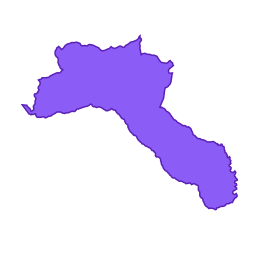 Divinópolis do Tocantins, Tocantins, Brazil (Robinson projection), rotated 173°
{"feature_id": "56859067B58082992267774", "entity_name": "Divinópolis do Tocantins", "entity_type": "district", "adm_level": 2, "iso_a3": "BRA", "parent_name": "Brazil", "parent_adm1": "Tocantins", "projection": "robinson", "projection_center": [-49.348, -9.64], "detail": "fine", "context": "isolated", "style": "filled", "palette": "violet", "viewbox_px": 256, "rotation_deg": 173, "n_neighbors": 0, "source": "geoboundaries", "source_scale": "gbopen_adm2", "svg_char_len": 5779}
<svg xmlns="http://www.w3.org/2000/svg" viewBox="0 0 256 256"><g transform="rotate(173 128 128)"><path d="M28.0,47.0L28.0,48.1L28.6,49.8L29.8,49.1L30.5,49.0L31.7,50.1L31.9,51.3L31.4,52.6L29.4,53.2L28.6,53.8L27.5,54.3L27.5,55.2L29.1,57.0L27.1,58.0L27.2,59.4L28.8,60.4L28.6,62.0L25.8,62.9L25.9,63.7L26.3,64.4L27.2,65.2L27.3,66.3L28.1,67.0L28.1,67.9L26.5,70.5L26.7,71.6L27.2,72.3L29.1,70.9L30.9,71.8L31.6,72.5L31.8,73.9L30.9,74.4L30.5,76.0L31.0,76.9L31.9,77.5L32.2,78.9L31.6,79.6L30.8,79.6L30.2,80.2L30.6,82.0L29.9,82.8L30.2,83.6L30.8,84.3L30.3,86.2L30.9,87.2L32.3,86.2L32.9,86.9L33.1,87.7L32.7,88.7L33.9,91.5L34.6,91.8L34.8,92.6L34.5,93.4L35.1,94.8L34.9,97.1L35.3,98.1L36.4,98.4L36.7,100.4L37.7,100.6L38.3,99.6L39.0,99.5L40.0,100.3L41.0,100.3L40.9,101.3L41.7,101.5L42.4,102.0L44.7,104.1L46.9,104.2L48.7,104.1L49.5,104.4L50.7,104.3L53.6,106.6L56.9,107.7L57.6,108.5L58.7,108.9L59.6,108.8L60.5,109.3L60.8,110.1L61.4,110.6L62.3,112.0L63.7,113.1L64.4,113.9L64.4,115.3L65.3,118.0L65.5,119.2L66.5,120.6L67.8,121.9L68.7,121.6L69.8,122.0L70.4,123.0L71.5,123.5L73.1,123.5L73.7,124.3L74.4,124.5L75.1,125.4L78.5,127.9L79.4,129.4L80.1,130.1L81.1,130.4L81.7,131.2L83.5,134.6L83.9,135.2L84.7,137.1L85.6,138.3L86.5,139.1L87.9,140.0L88.6,141.5L89.3,142.5L92.2,144.6L93.1,144.3L93.9,144.8L89.1,153.1L87.0,161.2L86.1,163.5L85.2,163.5L84.0,163.9L82.9,164.6L82.2,165.4L80.7,166.7L79.4,169.3L79.4,170.3L79.0,171.1L77.9,175.4L77.2,177.2L79.8,177.3L80.5,177.6L81.0,178.3L80.9,179.4L80.2,181.4L75.3,184.5L75.7,185.5L75.9,187.3L77.3,188.6L77.9,189.8L78.9,189.5L80.2,188.3L81.3,187.6L84.6,188.2L85.7,188.7L86.8,189.0L87.6,189.8L89.5,193.1L90.4,195.5L92.3,196.6L93.9,197.3L95.2,197.1L97.2,198.4L98.5,198.5L100.9,199.3L101.7,199.9L102.6,200.1L105.5,199.8L106.0,199.2L106.5,206.1L106.1,207.2L105.9,208.3L106.3,209.7L106.0,211.0L105.6,211.8L104.4,212.9L104.0,213.6L104.0,214.8L105.1,216.5L104.9,218.0L105.8,217.3L106.3,216.5L106.3,215.6L107.4,215.1L108.3,214.4L110.6,213.5L111.4,213.5L112.2,213.1L115.0,212.9L117.4,211.3L118.8,210.8L120.4,210.1L121.8,208.5L122.7,208.6L125.7,210.3L126.5,210.3L129.1,209.2L131.4,208.7L132.2,208.8L133.6,209.6L134.9,210.8L137.1,209.0L139.0,208.8L139.7,208.4L141.6,207.9L143.9,207.6L144.6,207.9L145.2,208.4L145.8,209.1L146.6,209.8L147.0,210.7L147.6,211.4L149.7,212.5L152.1,214.2L152.8,214.4L153.4,214.8L156.1,215.6L157.2,215.3L158.8,214.4L161.0,215.2L162.0,215.1L164.2,215.3L165.5,218.0L167.4,218.8L168.0,219.3L169.8,219.5L170.6,219.2L173.5,219.7L175.7,219.0L177.8,218.8L180.2,217.6L181.9,215.7L182.6,215.0L184.3,214.0L186.8,217.4L187.6,216.8L188.7,216.4L189.2,215.5L189.5,214.8L190.9,213.2L191.3,211.1L191.3,209.9L191.2,209.1L190.3,207.3L189.5,206.7L189.0,205.8L188.9,204.0L189.5,201.6L188.9,198.7L188.2,197.8L188.0,196.1L187.6,195.2L186.9,194.6L186.1,194.4L185.6,193.7L187.2,192.6L188.4,191.3L189.4,190.9L191.1,191.5L192.7,191.2L196.2,190.1L197.0,189.5L197.8,189.7L199.4,188.8L199.9,188.2L200.7,188.0L202.4,187.9L203.5,188.0L204.5,187.9L206.7,188.3L207.4,188.2L208.5,186.8L210.2,186.9L211.1,186.6L210.0,184.8L209.6,183.6L209.9,182.5L210.4,181.4L212.2,179.4L212.3,178.1L211.7,176.9L212.2,176.0L212.9,175.3L213.2,174.3L214.0,173.9L214.8,173.1L216.4,173.2L217.0,172.5L217.0,171.6L216.9,170.8L215.8,168.9L215.9,167.8L216.9,166.4L217.3,163.4L219.3,161.1L219.3,159.9L219.1,158.9L219.3,157.9L219.9,157.2L220.7,156.9L221.6,156.4L222.5,156.9L222.6,158.0L223.2,159.6L224.1,160.2L225.3,161.7L225.6,162.9L230.2,163.9L224.5,154.0L223.6,153.6L222.6,152.9L222.0,153.5L220.6,152.9L219.8,153.1L218.8,153.6L218.0,153.3L218.1,152.3L217.7,151.3L217.3,150.3L216.7,149.7L213.2,149.2L212.2,149.3L211.3,149.6L210.1,149.3L209.4,148.5L208.6,148.1L205.2,149.3L204.1,149.2L203.3,149.5L202.4,149.5L201.6,150.3L198.6,151.4L196.6,152.5L194.5,152.2L193.6,152.4L191.0,150.7L188.7,150.1L187.2,150.7L186.4,150.6L185.5,150.3L182.7,151.2L181.1,151.3L180.3,151.3L179.7,150.9L178.7,151.0L177.0,152.3L176.5,153.0L175.8,153.1L175.1,152.9L169.3,154.2L165.8,154.6L164.0,155.1L162.4,156.3L161.7,156.1L161.1,155.6L160.7,154.4L160.1,153.6L159.3,153.2L158.0,153.2L157.0,152.2L156.3,152.2L155.4,152.5L154.3,152.5L152.4,151.7L151.0,150.8L149.7,149.5L148.4,148.5L147.9,147.9L145.9,147.6L144.9,148.0L144.1,148.1L143.3,148.4L142.6,149.1L141.8,149.3L141.4,148.5L140.6,148.0L139.8,147.5L139.1,147.4L138.3,147.1L137.8,145.5L136.8,144.0L136.3,143.2L135.4,142.8L134.9,142.1L133.4,139.0L132.8,138.1L130.8,137.0L130.4,135.9L130.3,134.7L129.9,133.8L129.7,132.9L127.7,130.8L128.0,128.9L127.6,128.2L127.6,127.3L126.4,124.7L126.0,123.7L125.1,123.2L124.5,121.8L123.8,121.3L123.5,120.4L123.0,119.9L122.0,119.9L121.3,119.4L120.6,118.5L119.9,116.2L119.3,114.9L118.7,114.1L118.1,113.6L117.6,112.8L116.5,111.7L116.1,110.8L115.3,110.2L114.5,110.1L113.9,109.5L113.3,108.5L112.5,107.8L111.1,107.2L109.6,105.9L108.8,105.7L108.0,104.9L107.1,102.9L105.6,102.3L105.2,101.3L104.3,100.6L103.9,99.9L103.8,98.7L104.2,97.5L103.9,96.4L103.2,95.8L102.4,95.8L101.3,95.5L99.9,94.1L99.5,93.0L99.6,91.0L99.2,90.3L99.3,88.6L99.1,87.7L98.8,86.8L98.2,85.9L97.8,83.8L96.9,82.2L96.2,81.2L94.8,80.3L93.6,78.4L92.8,77.6L92.4,76.4L91.0,75.0L90.1,73.3L89.1,72.8L88.3,72.9L87.4,72.5L87.0,71.7L86.3,71.3L85.2,70.2L84.5,69.8L84.0,69.1L83.3,68.8L81.5,68.9L80.3,67.9L77.9,66.5L77.6,65.8L75.0,65.7L73.4,66.0L72.8,65.5L71.8,64.1L69.8,64.7L68.9,64.5L68.2,64.3L67.5,63.4L66.4,63.0L65.4,62.3L65.3,61.5L65.4,59.7L65.7,59.0L65.7,58.0L64.7,56.0L64.6,54.8L65.0,52.1L64.5,50.8L63.7,49.6L62.7,49.1L62.4,47.9L62.3,46.3L61.6,44.4L61.2,42.8L60.4,41.1L59.0,40.0L57.5,38.2L56.1,38.4L54.2,38.0L53.2,37.7L52.1,37.0L51.4,36.3L50.3,36.5L49.7,37.9L48.7,37.9L47.0,38.2L46.0,38.8L42.3,38.7L40.5,39.6L40.1,40.5L39.2,40.8L37.5,40.5L36.6,40.8L36.0,41.4L35.2,41.2L34.2,41.5L33.4,41.4L33.0,42.1L30.7,45.3L30.0,45.7L29.2,45.7L28.7,46.4L28.0,47.0Z" fill="#8b5cf6" stroke="#5b21b6" stroke-width="1.5"/></g></svg>